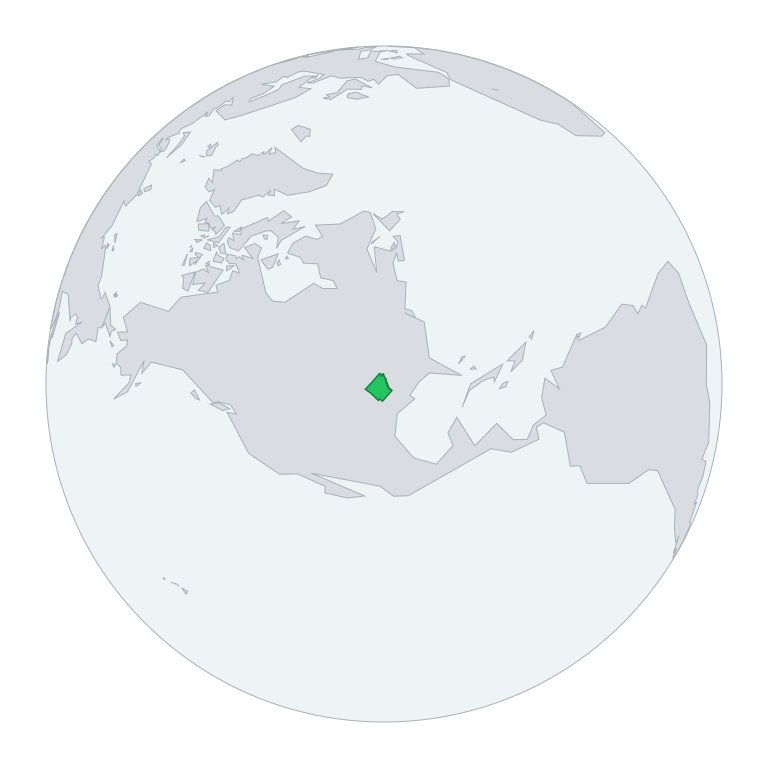 the Earth from above Arkansas, rotated 311°
{"feature_id": "USA-3528", "entity_name": "Arkansas", "entity_type": "State", "adm_level": 1, "iso_a3": "USA", "parent_name": "United States of America", "parent_adm1": "", "projection": "orthographic", "projection_center": [-91.2, 34.755], "detail": "fine", "context": "on_globe", "style": "filled", "palette": "green", "viewbox_px": 768, "rotation_deg": 311, "n_neighbors": 0, "source": "natural_earth", "source_scale": "10m", "svg_char_len": 11943}
<svg xmlns="http://www.w3.org/2000/svg" viewBox="0 0 768 768"><g transform="rotate(311 384 384)"><circle cx="384" cy="384" r="338" fill="#eef3f6" stroke="#a8b0b8"/><path d="M451.3,715.1L441.9,716.8L444.0,715.0L451.7,712.6L446.2,713.3L463.1,706.1L455.4,708.5L465.5,698.0L480.4,685.9L498.2,647.1L492.9,639.9L469.7,634.1L442.1,602.3L450.9,585.5L444.2,578.6L466.0,551.8L459.3,529.5L451.4,527.3L444.0,537.1L416.1,525.0L405.3,507.2L315.6,475.6L305.6,464.8L304.3,448.2L269.1,387.8L286.8,442.9L274.1,431.2L263.0,410.8L268.2,407.0L259.4,377.6L247.4,364.4L242.9,327.3L259.7,284.2L264.2,292.6L267.7,282.1L262.3,271.3L257.8,266.9L262.6,222.8L247.8,194.0L233.2,194.2L244.2,187.6L209.7,195.5L195.3,189.9L217.8,190.8L224.8,186.9L218.1,179.8L223.9,174.4L224.0,168.3L231.5,162.8L244.0,164.7L249.1,161.4L244.1,156.8L248.4,149.0L255.0,156.2L263.3,143.6L285.8,146.6L297.5,173.8L316.2,173.8L344.5,198.3L348.1,192.5L361.1,199.3L370.1,195.5L372.8,202.0L377.6,193.4L373.4,188.3L374.1,183.0L379.0,180.5L383.4,188.1L381.5,190.4L385.3,191.4L385.4,196.4L388.1,192.5L392.8,202.5L395.5,189.2L405.3,194.4L406.4,202.1L396.7,205.6L375.3,235.0L373.4,245.3L380.5,255.6L414.0,264.9L415.9,275.2L425.4,286.0L428.8,277.8L422.5,266.7L431.2,255.2L422.4,243.9L424.7,237.9L419.6,225.3L430.6,222.9L444.2,227.7L449.0,238.3L455.1,241.0L458.9,228.0L475.9,245.9L501.2,255.3L504.5,261.0L495.8,276.0L474.7,282.5L463.4,305.3L481.2,286.7L489.1,302.5L494.8,303.9L500.5,301.2L501.6,293.9L506.5,298.9L490.7,318.4L486.1,314.1L491.1,307.7L481.2,311.3L470.6,326.1L475.5,333.7L454.4,350.5L457.6,356.5L454.8,364.1L451.2,353.1L457.3,373.6L433.4,401.1L441.4,437.0L422.2,411.0L408.4,409.1L392.2,411.0L393.2,416.9L370.4,413.5L351.7,426.4L347.7,454.8L357.8,476.1L382.8,476.5L389.1,464.3L406.7,460.8L396.9,493.1L428.2,495.0L426.7,518.0L436.2,528.5L451.1,523.7L466.9,526.8L477.0,512.1L493.9,501.6L495.4,519.5L503.8,501.0L513.8,507.5L546.6,497.4L544.4,502.3L572.2,513.8L600.1,511.1L606.6,520.4L603.5,529.4L612.6,527.0L612.7,531.7L647.1,518.4L662.8,517.8L660.9,533.6L645.2,560.9L625.0,602.0L595.2,627.5L583.6,642.2L553.3,667.1L535.8,673.3L536.7,677.8L523.6,685.2L511.1,689.5L505.5,694.0L496.0,696.8L499.9,697.4L479.9,705.5L480.1,707.1L464.3,711.9L464.8,712.1L460.5,713.1L454.9,714.4L453.5,714.7L451.3,715.1ZM95.5,372.5L97.5,365.2L98.7,372.0L95.5,372.5ZM97.2,359.3L96.8,362.1L96.8,359.4L97.2,359.3ZM96.1,356.4L96.9,358.5L95.7,356.8L96.1,356.4ZM94.4,353.4L95.4,354.7L95.2,354.9L94.4,353.4ZM441.1,449.2L476.8,460.5L457.9,465.9L461.2,462.3L451.9,456.7L435.0,452.6L418.0,458.2L441.1,449.2ZM92.7,346.7L92.4,344.8L93.6,345.4L92.7,346.7ZM453.9,427.4L447.8,426.9L453.6,425.9L453.9,427.4ZM254.9,266.0L261.6,271.8L264.3,283.9L258.1,279.6L254.9,266.0ZM250.5,244.2L255.2,244.8L250.9,255.2L249.5,251.6L250.5,244.2ZM221.4,196.2L225.7,199.8L219.5,198.3L221.4,196.2ZM222.7,168.4L219.6,169.3L220.9,165.8L222.7,168.4ZM413.8,227.6L416.6,226.5L416.1,229.4L413.8,227.6ZM408.9,223.4L406.3,227.6L403.6,226.2L405.3,223.7L408.9,223.4ZM233.6,154.4L236.7,148.9L235.8,154.7L233.6,154.4ZM412.8,218.7L399.1,223.4L394.4,221.1L396.9,209.7L412.8,218.7ZM240.0,146.0L247.3,133.6L241.1,134.1L262.7,126.3L249.3,138.9L249.1,145.8L245.1,143.6L240.0,146.0ZM370.0,187.8L374.7,193.1L366.2,191.1L370.0,187.8ZM364.4,187.9L337.5,190.9L333.0,182.4L342.9,182.8L333.5,174.3L344.6,168.6L352.2,172.0L352.9,178.5L356.6,171.5L364.4,187.9ZM273.5,124.4L277.1,122.0L275.7,125.0L273.5,124.4ZM373.8,180.8L368.7,181.9L364.5,174.5L373.8,171.0L372.2,174.5L373.8,180.8ZM325.6,175.2L324.1,169.4L332.6,163.1L333.2,160.1L344.4,167.8L325.6,175.2ZM375.6,174.9L378.7,169.5L385.1,170.9L378.4,179.3L375.6,174.9ZM359.5,174.2L357.9,170.6L361.8,171.4L359.5,174.2ZM409.7,173.7L403.8,174.6L401.1,170.7L409.7,173.7ZM379.4,167.5L377.1,167.0L375.4,165.8L378.7,162.7L379.4,167.5ZM349.7,163.0L353.6,161.8L345.5,159.5L351.6,155.1L358.0,161.2L357.8,156.8L359.7,155.5L362.8,162.0L349.7,163.0ZM376.7,155.9L386.9,162.9L398.6,161.8L401.3,165.0L382.1,166.4L376.7,155.9ZM368.3,158.8L374.1,157.7L374.6,162.1L370.8,165.6L368.3,158.8ZM353.4,150.2L342.5,155.3L341.4,153.8L353.4,150.2ZM380.0,154.6L377.5,153.0L380.8,154.0L380.0,154.6ZM361.5,150.4L357.8,152.3L356.7,150.6L361.5,150.4ZM375.6,148.5L378.8,150.6L376.4,152.9L375.6,148.5ZM369.1,148.6L368.5,145.8L373.6,152.4L367.6,149.7L369.1,148.6ZM361.1,148.5L359.3,148.1L362.9,148.0L361.1,148.5ZM382.9,138.9L389.9,146.6L384.5,151.6L378.5,143.2L382.9,138.9ZM447.6,715.9L442.1,716.8L449.2,715.6L447.6,715.9ZM457.9,713.7L462.7,712.6L463.9,712.3L457.9,713.7ZM615.8,138.1L621.5,143.7L615.7,139.2L590.4,116.7L581.1,109.5L615.8,138.1ZM568.5,100.9L571.8,103.6L558.8,95.5L572.6,104.8L573.1,104.5L581.7,110.7L581.8,111.5L577.2,108.3L581.1,112.3L601.9,127.7L604.7,129.0L619.9,145.2L626.0,149.4L633.0,156.9L625.4,152.9L619.9,148.3L612.5,151.9L619.7,157.8L627.1,155.3L628.5,158.4L638.3,168.0L631.9,163.2L621.8,165.7L630.1,183.8L655.0,220.7L656.8,232.4L651.9,238.1L628.5,214.6L627.0,191.5L618.7,184.2L606.7,183.0L607.3,176.5L602.2,173.6L600.4,165.5L585.9,150.1L582.2,142.2L564.9,133.2L560.6,128.3L572.1,134.7L578.1,135.6L567.7,118.3L562.3,114.0L551.8,109.9L550.2,106.2L541.5,104.6L529.7,94.9L536.7,105.7L524.6,102.6L511.2,95.9L508.4,97.1L530.3,108.4L537.9,111.3L542.4,110.5L564.1,122.0L570.2,128.8L552.2,125.3L558.9,135.1L541.9,129.2L493.3,100.3L479.0,90.7L479.9,77.9L489.9,80.4L494.6,86.0L501.0,82.3L495.4,81.8L494.1,79.2L482.2,76.7L480.7,74.8L471.8,76.1L468.7,73.5L474.3,72.8L454.1,68.2L444.4,63.6L440.5,63.6L439.1,64.9L427.7,59.0L425.4,59.3L428.2,61.3L425.3,63.4L415.9,65.3L412.4,63.1L415.4,62.1L416.5,57.4L424.9,56.0L422.5,55.4L414.4,56.2L413.1,61.8L408.4,63.6L407.5,60.5L407.5,61.7L404.0,62.0L397.4,60.5L397.7,63.9L364.7,73.2L348.6,72.2L351.6,67.7L324.9,74.9L308.9,75.1L311.6,76.6L300.5,82.3L305.4,82.2L305.8,83.5L279.8,100.3L271.0,103.3L262.8,114.1L264.1,115.2L270.2,113.4L262.7,126.3L241.1,134.1L239.1,131.2L226.9,138.8L224.2,131.5L216.3,129.6L220.4,118.4L213.7,118.7L209.7,121.8L197.7,125.1L186.9,122.8L213.4,110.7L233.1,115.6L226.6,111.9L233.3,109.0L234.3,105.5L229.2,103.8L225.4,105.9L244.4,86.8L242.9,80.5L230.1,88.1L219.7,92.8L206.7,96.7L209.9,94.4L230.6,82.9L252.0,72.9L274.0,64.5L296.6,57.6L319.6,52.3L343.0,48.6L366.5,46.5L390.1,46.1L413.7,47.4L437.2,50.3L460.4,54.8L483.2,61.0L505.5,68.7L527.3,77.9L548.3,88.7L568.5,100.9ZM718.9,339.1L719.1,340.7L718.6,385.6L713.9,385.7L697.5,366.1L694.3,344.9L685.8,329.1L657.3,234.6L660.2,226.8L647.9,187.1L648.0,184.5L659.2,197.6L657.8,186.4L645.8,170.9L641.8,165.5L656.7,184.4L670.2,204.3L682.3,225.1L692.8,246.8L701.8,269.1L709.2,292.0L714.9,315.4L718.9,339.1ZM677.5,272.0L680.7,277.3L680.8,277.3L677.5,272.0ZM547.6,496.9L551.7,499.1L546.6,500.8L547.6,496.9ZM456.0,474.2L463.2,473.5L467.2,475.8L461.8,477.7L456.0,474.2ZM514.8,462.6L522.7,462.2L514.8,465.9L514.8,462.6ZM482.2,461.7L508.5,463.6L493.1,472.8L476.4,471.7L487.5,467.8L482.2,461.7ZM452.0,439.4L456.7,440.1L455.8,443.9L452.0,439.4ZM458.1,426.7L456.4,427.3L453.8,424.7L458.1,426.7ZM490.0,301.3L491.4,299.9L497.6,298.7L495.4,302.3L490.0,301.3ZM520.0,277.4L527.2,286.1L520.6,282.0L519.1,288.1L503.3,287.8L505.3,263.9L507.2,274.5L520.0,277.4ZM482.8,281.9L492.6,284.0L481.8,282.7L482.8,281.9ZM576.0,168.4L579.4,166.5L585.9,171.6L590.4,183.9L581.0,176.5L576.0,168.4ZM582.6,162.9L563.4,157.2L559.8,150.1L565.1,154.9L564.6,150.7L573.0,157.5L588.3,157.2L595.1,161.8L599.8,180.7L594.5,171.6L591.6,173.7L582.6,162.9ZM520.7,162.9L512.3,162.4L515.4,147.2L522.8,149.5L527.9,161.3L522.0,165.6L520.7,162.9ZM419.7,198.6L416.3,200.9L415.1,198.6L417.0,194.8L419.7,198.6ZM407.2,174.4L433.3,186.9L430.7,189.9L449.1,194.7L449.5,204.7L437.6,201.1L451.6,213.0L441.0,213.8L451.3,221.2L424.7,212.1L415.8,214.0L425.6,207.9L425.5,198.4L422.8,194.9L408.3,186.7L389.0,187.0L385.8,178.4L388.7,172.3L392.8,170.9L393.6,176.7L398.6,170.7L402.9,178.2L407.2,174.4ZM424.3,116.8L423.4,122.3L434.2,115.1L438.6,121.1L439.5,119.9L446.5,123.6L456.7,126.4L457.2,129.5L460.9,129.3L465.6,132.1L470.9,133.0L473.8,139.1L480.5,140.9L478.0,142.9L488.8,144.4L482.0,146.1L487.5,150.4L491.1,146.5L493.7,181.4L499.9,196.0L508.8,207.8L496.1,210.2L479.6,201.2L463.3,187.5L459.1,173.6L454.1,177.7L450.6,172.4L456.0,171.4L445.6,169.9L444.1,165.4L429.5,155.8L415.4,157.4L409.7,154.2L414.6,151.4L405.5,150.4L410.8,143.1L406.8,140.9L408.1,132.0L419.7,128.5L414.4,126.3L415.0,120.0L424.3,116.8ZM383.7,136.3L396.5,129.8L405.3,130.2L399.5,145.8L402.3,148.8L398.9,159.6L386.4,159.1L388.5,156.0L387.6,152.9L391.9,154.2L387.8,150.8L390.6,146.6L388.3,142.9L393.1,141.7L383.7,136.3ZM642.2,176.5L641.2,173.8L638.2,168.7L644.3,175.0L642.2,176.5ZM635.8,178.4L634.0,174.9L641.3,180.5L642.3,183.7L635.8,178.4ZM626.9,168.7L633.4,174.3L630.5,173.2L626.9,168.7ZM569.8,131.7L567.2,128.3L569.3,128.8L573.6,131.6L569.8,131.7ZM457.2,99.9L455.3,102.2L453.0,101.5L443.4,103.9L439.5,100.2L443.7,97.2L457.2,99.9ZM632.9,156.1L629.8,152.2L634.6,157.9L632.9,156.1ZM451.3,96.2L447.8,97.5L447.9,94.9L451.3,96.2ZM436.1,97.6L435.2,94.6L437.9,100.0L436.1,97.6ZM412.3,71.4L430.1,71.7L440.3,70.7L441.9,67.6L447.3,72.6L431.6,74.2L412.3,71.4ZM370.9,72.9L369.6,76.5L365.1,75.6L364.8,74.7L370.9,72.9ZM373.7,74.6L381.6,78.0L377.6,80.5L372.2,77.3L373.7,74.6ZM417.1,85.2L422.6,85.4L422.3,87.4L417.1,85.2ZM182.8,112.5L182.7,112.6L181.9,113.1L182.8,112.5ZM187.8,108.8L194.6,104.9L182.6,113.9L178.2,116.8L179.8,114.9L186.1,110.2L186.8,109.6L187.8,108.8ZM192.9,106.7L199.0,102.4L223.0,91.9L225.0,92.2L200.4,103.6L204.9,100.3L201.1,101.7L192.9,106.7ZM274.5,121.3L276.9,122.0L273.1,123.1L274.5,121.3ZM308.8,83.3L308.7,85.3L304.2,86.1L308.8,83.3ZM306.1,91.4L311.2,89.0L307.2,92.4L306.1,91.4ZM322.4,83.8L313.9,88.5L319.9,82.8L322.4,83.8Z" fill="#d9dde1" stroke="#a8b0b8" stroke-width="1"/><path d="M388.3,382.5L388.5,382.7L388.5,383.0L388.3,383.2L388.1,383.3L387.6,383.6L387.6,383.9L387.6,384.0L387.4,384.1L387.2,384.1L387.0,384.4L386.9,384.7L387.0,385.1L387.0,385.6L387.0,385.8L386.9,385.9L386.8,386.1L386.6,386.2L386.5,386.3L386.3,386.3L386.2,386.3L386.1,386.2L386.1,386.3L386.2,386.5L386.1,386.8L385.9,386.8L385.6,387.2L385.6,387.3L385.3,387.5L385.2,387.5L385.5,387.9L385.6,388.1L385.4,388.2L385.3,388.3L385.2,388.3L384.9,388.4L384.6,388.5L384.8,388.9L384.7,389.0L384.7,389.3L384.8,389.5L384.7,389.7L384.4,389.7L384.3,389.9L384.2,389.9L384.0,390.2L383.9,390.2L383.9,390.3L384.0,390.4L384.2,390.5L384.3,390.8L384.2,390.9L384.0,391.0L383.9,391.0L384.0,391.2L384.1,391.3L384.4,391.5L384.4,391.8L384.3,392.0L384.1,392.3L384.1,392.5L384.4,392.6L384.5,392.8L384.5,393.1L384.5,393.3L384.5,393.5L384.4,393.5L384.2,393.6L384.2,394.3L383.2,394.3L382.3,394.3L381.4,394.3L380.6,394.3L379.7,394.3L378.8,394.2L377.9,394.2L377.0,394.2L376.1,394.2L375.3,394.2L374.4,394.2L373.5,394.2L372.6,394.2L371.7,394.1L370.8,394.1L370.0,394.1L370.0,393.4L370.0,392.7L370.0,392.0L370.0,391.3L370.0,390.9L369.9,390.8L369.8,390.7L369.7,390.8L369.5,390.7L369.3,390.6L369.2,390.7L368.9,390.6L368.7,390.7L368.7,390.8L368.4,390.8L368.3,390.7L368.2,390.7L368.0,390.4L367.9,390.3L368.0,389.0L368.0,387.7L368.1,386.4L368.2,385.1L368.2,383.9L368.3,382.6L368.4,381.3L368.4,380.0L368.4,379.2L368.3,378.4L368.2,377.6L368.1,376.7L368.0,375.9L368.0,375.1L367.9,374.3L367.8,373.4L369.1,373.5L370.4,373.5L371.7,373.6L373.0,373.6L374.3,373.6L375.6,373.6L376.9,373.7L378.2,373.7L379.5,373.7L380.8,373.7L382.1,373.7L382.3,373.7L383.4,373.7L384.7,373.7L386.0,373.7L387.3,373.7L388.6,373.7L388.9,373.7L389.0,373.8L389.1,374.0L389.3,374.3L389.4,374.5L389.4,374.9L389.4,375.0L389.2,375.1L389.1,375.3L388.9,375.5L388.7,375.5L388.6,375.8L388.4,375.9L388.3,376.0L388.2,376.1L388.1,376.3L387.9,376.6L388.3,376.7L389.0,376.7L389.6,376.7L390.3,376.6L391.0,376.6L391.1,376.8L391.3,376.9L391.3,377.1L391.2,377.2L390.9,377.1L390.8,377.3L391.0,377.5L390.8,377.8L390.0,378.2L390.0,378.3L390.0,378.5L390.1,378.8L390.0,379.0L390.1,379.3L389.9,379.4L389.7,379.5L389.7,379.8L389.6,380.0L389.3,380.3L389.2,380.3L389.2,380.5L389.2,380.8L389.3,381.2L389.4,381.4L389.4,381.7L389.3,381.8L389.2,381.8L388.9,381.8L388.9,382.0L388.7,382.3L388.4,382.4L388.3,382.5L388.3,382.5Z" fill="#22c55e" stroke="#15803d" stroke-width="1.5"/></g></svg>